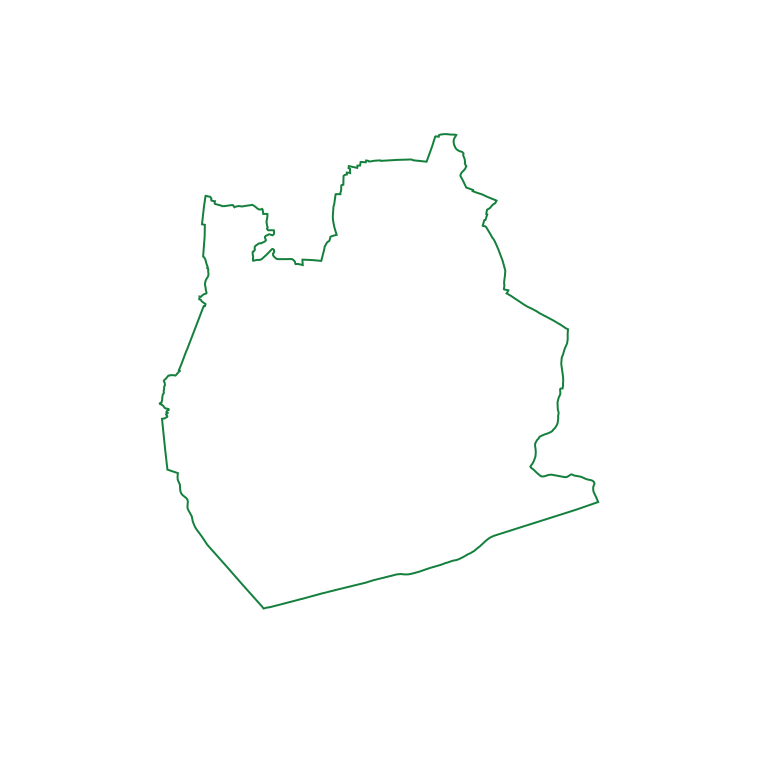 the district of Cau Ngang, Trà Vinh, Vietnam, rotated 117°
{"feature_id": "81297802B90196015208533", "entity_name": "Cau Ngang", "entity_type": "district", "adm_level": 2, "iso_a3": "VNM", "parent_name": "Vietnam", "parent_adm1": "Trà Vinh", "projection": "mercator", "projection_center": [106.416, 9.786], "detail": "fine", "context": "isolated", "style": "outline", "palette": "green", "viewbox_px": 768, "rotation_deg": 117, "n_neighbors": 0, "source": "geoboundaries", "source_scale": "gbopen_adm2", "svg_char_len": 6142}
<svg xmlns="http://www.w3.org/2000/svg" viewBox="0 0 768 768"><g transform="rotate(117 384 384)"><path d="M638.7,389.3L636.7,387.2L634.3,383.9L610.4,357.0L599.4,344.9L587.1,330.8L569.4,310.2L563.4,304.1L547.8,286.1L545.7,282.8L544.7,280.1L542.9,276.4L541.0,273.8L535.6,267.8L527.1,259.6L519.8,251.8L516.8,248.9L515.8,248.2L514.3,246.4L510.5,242.8L508.0,239.6L506.6,238.2L502.7,235.2L497.2,231.6L495.4,230.1L491.5,227.7L487.6,226.1L485.4,225.0L477.2,222.0L473.2,220.1L469.5,217.3L408.1,155.1L391.9,139.6L388.7,143.4L385.1,148.1L383.3,149.6L380.5,150.9L378.0,151.1L376.9,151.4L376.0,152.5L375.6,153.9L375.6,155.4L376.9,160.3L377.2,166.3L379.2,173.0L379.2,174.9L379.4,175.7L379.8,176.4L383.1,178.3L384.0,179.0L384.9,180.6L388.8,193.8L390.6,196.4L393.1,198.8L394.4,200.7L394.9,201.9L394.8,203.2L393.7,207.7L392.5,211.4L391.9,214.6L391.6,215.5L391.1,216.1L387.5,215.6L384.6,215.5L379.7,216.2L376.0,217.7L372.4,219.9L371.2,220.9L368.8,222.2L366.6,222.3L364.2,222.1L362.4,221.5L360.6,221.5L360.0,221.2L356.2,218.2L353.4,215.4L350.4,213.1L349.6,212.8L348.6,212.4L348.0,212.5L345.4,211.6L342.9,211.4L340.4,211.5L337.0,212.6L334.9,213.4L334.3,214.0L332.7,214.6L331.6,214.8L330.9,215.1L329.2,216.2L328.2,217.3L322.3,220.7L320.8,221.3L316.7,222.2L314.5,222.2L313.0,222.4L312.3,222.6L309.0,224.6L308.3,224.7L307.8,224.5L307.0,222.9L305.6,223.2L303.8,223.9L302.0,224.9L300.5,225.4L296.2,227.8L285.6,235.2L279.9,237.6L276.4,237.9L270.6,239.0L264.7,239.3L260.6,240.7L256.0,243.1L251.7,244.9L251.8,247.2L251.1,252.9L250.5,262.3L250.3,277.6L249.9,281.3L249.8,287.3L250.0,291.0L249.7,295.2L247.8,311.2L247.6,315.9L246.7,315.7L244.1,315.7L244.5,317.4L245.2,319.8L245.0,320.3L241.2,321.6L240.3,322.4L238.0,323.5L232.1,325.6L227.9,327.4L220.3,334.3L212.4,343.0L209.5,346.4L205.7,351.3L204.8,353.0L204.6,353.7L201.9,357.7L197.7,364.4L197.6,365.8L198.2,367.3L198.2,367.9L192.7,369.0L192.3,368.9L191.8,368.1L186.0,369.0L186.1,370.1L182.0,371.3L179.3,369.6L174.9,368.5L172.3,367.0L169.5,367.0L170.4,377.8L170.5,382.3L171.6,389.5L171.9,392.6L171.3,392.7L171.0,392.4L170.7,392.7L171.6,399.9L166.4,406.7L164.4,409.8L163.5,410.6L162.0,410.9L160.4,410.8L157.2,409.8L155.3,409.4L153.2,409.6L152.7,409.4L151.7,411.0L150.5,412.3L150.2,412.2L149.6,412.4L146.8,414.4L144.4,417.2L142.8,417.7L142.4,417.9L141.7,419.8L142.3,422.6L142.0,425.6L141.3,427.3L139.0,430.2L137.0,431.7L135.1,432.6L133.2,432.9L129.7,432.6L129.3,432.6L129.3,432.8L129.7,434.1L131.3,437.5L133.5,442.9L134.1,443.9L136.1,446.9L137.4,448.0L138.2,447.8L138.8,447.5L139.9,450.4L140.3,450.7L150.4,449.0L166.6,447.0L171.2,459.0L171.4,459.7L171.4,460.6L171.7,461.9L178.8,474.8L185.8,486.7L186.6,488.2L186.4,488.6L187.4,490.5L189.5,494.0L191.7,496.9L192.6,498.6L192.3,499.2L192.4,499.8L193.0,501.4L194.3,500.9L194.8,500.9L196.3,504.8L196.8,505.6L200.2,504.5L201.5,506.8L203.6,506.0L205.8,514.3L207.8,513.5L207.8,512.0L211.4,509.9L211.7,511.3L212.5,513.1L214.2,512.2L215.5,513.9L217.0,514.5L224.9,510.7L226.0,512.1L226.6,512.1L227.5,511.8L229.5,510.7L231.0,510.1L233.3,509.7L234.7,509.0L236.6,513.0L236.8,513.2L237.1,513.2L247.0,509.8L248.2,509.7L249.0,509.5L257.5,505.9L260.6,504.2L263.2,502.3L267.3,499.0L272.6,493.9L274.3,495.9L277.1,498.6L280.4,497.8L281.6,497.8L282.9,498.7L284.7,499.1L286.0,499.1L288.5,499.2L291.5,498.3L302.8,495.8L306.0,503.8L309.4,511.4L310.2,513.1L311.1,512.7L314.9,510.4L316.1,515.2L317.3,517.2L315.3,519.2L314.5,521.6L314.5,522.8L319.8,533.0L321.2,535.9L321.1,537.1L320.9,538.4L320.2,540.4L319.8,541.1L318.2,542.1L317.1,541.8L315.7,542.0L314.4,543.1L314.2,543.9L314.3,544.6L314.8,545.1L322.6,547.5L327.8,549.5L328.9,550.1L330.1,551.4L330.9,553.2L333.4,556.3L333.5,556.8L332.2,557.5L329.5,558.6L328.4,559.7L325.9,561.0L325.6,561.0L324.8,560.2L322.9,560.0L322.2,560.7L320.2,561.5L318.7,561.0L315.5,559.2L314.9,558.5L314.7,557.7L312.3,555.7L310.9,554.8L310.0,554.5L309.5,554.5L309.1,554.8L308.2,556.0L307.6,556.5L306.9,556.8L305.9,556.7L302.8,554.4L302.6,553.8L302.2,551.1L301.9,550.6L300.5,550.2L299.1,550.6L297.1,551.9L297.9,553.8L299.4,556.5L299.6,557.3L298.8,558.7L298.3,558.8L297.5,558.6L295.6,560.4L292.8,562.4L288.3,563.7L285.5,565.0L285.9,566.2L287.3,568.8L284.7,570.6L283.6,571.5L283.3,572.0L284.4,573.0L285.2,574.5L285.2,575.9L284.2,580.5L284.2,582.7L284.5,583.3L285.1,583.9L288.2,588.3L289.9,590.5L290.3,591.2L291.4,594.2L292.1,595.2L293.8,597.2L294.4,597.5L293.2,599.9L293.5,600.6L297.8,606.7L299.0,608.9L298.9,609.0L298.9,609.8L300.3,616.3L300.1,616.6L299.4,617.2L297.9,617.6L298.4,618.8L298.9,620.9L298.2,621.7L297.1,622.0L296.1,623.8L296.7,625.8L297.3,628.3L297.5,628.4L307.2,625.1L324.3,618.7L323.5,615.9L333.7,610.9L352.4,603.1L352.6,602.9L352.9,601.5L354.0,600.0L355.4,598.5L356.9,597.3L360.0,594.1L360.3,593.8L361.0,594.1L361.5,592.7L361.9,592.4L363.2,592.0L365.4,590.5L366.4,590.0L368.2,589.6L371.1,589.9L373.2,589.8L376.3,588.9L378.1,587.7L379.2,586.6L380.5,585.9L383.2,583.6L383.7,583.4L384.1,583.5L385.4,584.9L386.1,585.4L388.0,586.3L389.4,586.7L389.8,588.1L390.9,587.5L392.4,587.1L392.2,585.4L393.1,583.9L393.6,581.0L393.7,579.4L394.1,579.2L396.0,578.9L396.2,579.1L396.2,579.8L396.4,580.0L397.7,579.9L443.0,575.1L444.6,575.1L459.6,573.4L464.1,573.1L464.9,573.0L464.8,572.0L465.1,571.8L467.2,572.6L471.1,573.6L471.3,573.9L471.4,574.8L473.0,578.2L473.6,578.5L474.1,579.6L474.4,579.9L478.8,580.9L479.9,581.5L481.0,581.6L481.4,581.5L482.5,579.9L484.3,578.8L484.8,578.6L486.6,578.6L488.0,577.7L490.2,577.2L491.9,576.1L492.9,576.1L493.6,576.4L496.1,575.6L498.3,574.7L501.3,573.8L501.6,573.8L502.1,574.5L502.8,574.9L503.3,574.9L503.5,574.5L503.4,572.1L503.7,570.8L504.9,568.4L504.8,567.1L504.1,564.8L504.7,564.1L505.2,564.2L506.5,565.1L507.1,565.2L508.0,565.0L508.0,563.6L508.3,563.6L509.6,564.3L510.0,564.4L510.3,564.1L510.9,562.6L511.3,562.3L511.8,562.3L514.4,564.0L515.8,566.0L542.3,548.9L558.6,538.1L557.0,527.2L560.0,526.0L562.4,524.7L563.5,523.7L566.5,520.0L570.4,517.8L572.1,516.6L573.6,514.9L574.4,513.2L575.5,508.2L576.2,506.7L577.8,505.4L582.6,503.4L583.5,502.9L584.1,502.4L585.4,500.8L589.2,495.2L593.6,491.7L597.0,487.7L598.4,485.5L602.6,477.1L607.5,468.4L616.9,444.3L627.5,417.8L637.6,391.8L638.7,389.3Z" fill="none" stroke="#15803d" stroke-width="2"/></g></svg>